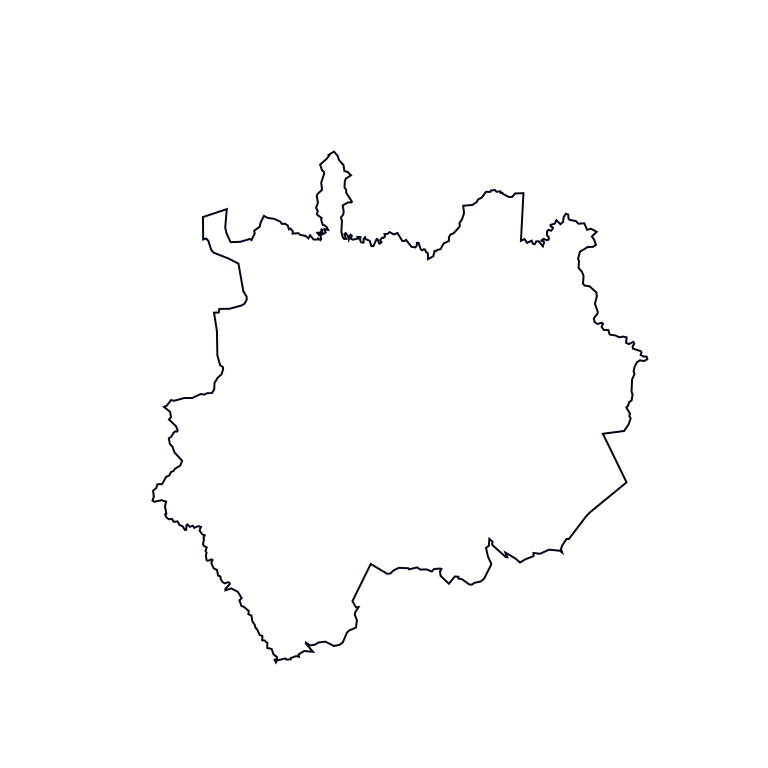 outline of Atotonilco el Grande, Hidalgo, Mexico, rotated 152°
{"feature_id": "50627088B60694242822101", "entity_name": "Atotonilco el Grande", "entity_type": "district", "adm_level": 2, "iso_a3": "MEX", "parent_name": "Mexico", "parent_adm1": "Hidalgo", "projection": "natural_earth1", "projection_center": [-98.662, 20.341], "detail": "fine", "context": "isolated", "style": "outline", "palette": "ink", "viewbox_px": 768, "rotation_deg": 152, "n_neighbors": 0, "source": "geoboundaries", "source_scale": "gbopen_adm2", "svg_char_len": 6166}
<svg xmlns="http://www.w3.org/2000/svg" viewBox="0 0 768 768"><g transform="rotate(152 384 384)"><path d="M171.3,487.0L178.8,490.7L183.2,489.0L185.9,490.4L189.7,495.9L189.7,497.2L191.4,497.9L190.8,499.5L194.4,500.9L195.1,503.3L198.8,504.6L199.9,503.7L203.8,505.8L210.1,502.7L214.3,502.8L216.5,501.2L221.9,500.6L230.4,504.2L233.1,497.3L237.7,492.9L241.9,490.6L242.7,488.0L244.7,486.9L251.9,484.4L254.9,484.8L257.8,483.1L259.6,479.8L265.4,480.1L270.8,476.5L274.1,477.4L275.8,476.8L276.9,477.8L280.5,473.6L286.5,473.6L283.8,479.0L285.0,480.9L284.6,483.4L285.6,484.3L287.6,484.1L288.3,485.8L287.2,492.3L288.6,493.2L290.2,490.7L292.2,489.9L295.3,492.2L296.9,500.9L299.1,500.7L300.7,501.8L301.2,511.0L305.1,511.4L307.8,515.5L310.4,514.9L313.1,516.2L313.9,513.6L315.9,513.2L316.8,514.1L319.8,512.9L319.6,510.4L321.8,509.8L322.3,510.6L321.7,514.6L322.4,515.5L328.6,510.7L330.4,511.7L329.4,517.2L332.1,520.4L331.9,522.5L333.9,521.7L335.5,518.6L336.4,518.6L337.7,520.0L337.6,522.0L335.9,524.8L338.4,526.3L338.5,524.5L343.8,526.1L345.0,527.8L342.8,530.1L343.5,531.6L347.3,528.1L346.3,531.8L347.0,535.3L348.6,534.8L349.4,529.9L351.1,530.8L351.5,533.3L350.1,538.6L344.7,547.4L343.8,551.3L340.5,552.7L338.6,555.2L336.6,561.1L330.4,561.2L327.4,559.6L326.7,560.2L327.6,570.5L326.2,573.5L326.6,576.1L323.2,581.7L321.2,583.3L315.1,583.8L316.5,588.2L319.0,590.7L317.0,596.2L318.6,602.9L317.8,606.9L319.0,612.7L325.3,612.3L325.0,611.5L329.4,609.6L337.4,607.7L338.4,601.8L337.4,599.6L338.2,597.7L344.9,591.3L347.6,584.5L353.7,582.9L355.3,581.3L357.3,574.9L361.3,571.4L361.3,567.6L363.4,565.9L363.4,564.5L361.1,559.7L362.4,558.6L363.4,553.1L362.1,552.2L360.9,549.3L361.0,546.3L363.9,548.7L364.5,545.1L367.8,545.0L369.2,547.1L367.2,547.0L366.1,549.0L367.2,550.6L366.7,549.7L367.6,548.4L369.9,547.7L371.9,548.8L371.5,546.0L369.1,545.7L370.9,543.8L371.4,541.5L372.8,540.9L373.9,543.5L375.0,542.8L378.4,544.7L379.4,550.1L382.4,548.1L383.7,551.5L388.2,555.3L388.8,557.4L394.1,559.7L392.8,561.7L393.7,565.3L395.3,565.2L394.6,569.3L396.2,572.0L398.9,573.2L399.5,576.3L403.6,581.5L408.8,585.4L411.1,588.8L417.1,584.5L419.9,581.2L426.6,580.3L427.6,577.5L433.4,573.3L434.3,575.0L444.4,577.1L452.9,581.3L452.3,590.8L450.8,596.6L440.7,612.2L465.5,616.4L475.8,596.5L472.7,595.9L471.9,592.7L473.5,584.1L472.9,580.1L462.4,567.8L456.0,558.6L464.7,531.8L464.3,525.6L465.6,523.0L469.3,520.4L472.9,520.2L485.2,523.0L494.1,527.6L496.4,524.7L500.6,526.8L506.7,509.1L517.7,487.5L519.9,477.4L518.3,474.8L519.2,472.4L523.1,468.7L527.5,467.8L533.1,464.6L536.4,459.0L540.1,456.8L544.8,459.0L547.6,459.0L550.6,461.2L559.9,461.7L567.0,465.4L577.4,467.8L579.6,469.8L585.9,466.9L589.0,467.1L585.9,459.7L587.7,454.7L590.5,453.6L587.5,444.5L587.9,440.0L588.9,439.1L590.5,440.2L592.8,439.7L596.6,437.3L599.5,437.1L601.2,431.6L600.2,427.9L601.1,422.0L598.3,411.0L602.1,407.6L608.5,407.3L610.6,406.0L613.5,406.3L616.4,404.1L620.0,404.3L627.0,399.7L631.1,401.9L633.9,399.0L637.9,398.3L640.2,392.5L643.2,389.7L642.1,387.9L634.8,385.7L631.6,382.4L634.8,378.8L637.1,371.6L638.5,371.6L638.8,368.7L637.5,365.6L634.5,364.4L634.5,361.1L630.8,359.6L630.7,355.5L628.6,352.8L628.3,348.6L627.2,348.1L624.6,352.1L623.4,352.3L622.6,349.1L619.2,348.6L619.1,346.1L614.7,345.7L612.8,343.7L615.7,341.2L615.1,336.7L613.3,334.5L615.6,333.0L615.8,331.4L619.0,327.6L619.0,325.6L617.2,323.0L620.0,320.4L619.9,318.3L621.9,316.1L623.3,311.6L622.6,310.6L618.5,310.1L618.1,309.0L620.3,307.5L620.8,304.8L620.9,301.0L618.7,298.4L620.4,292.7L618.8,290.9L619.8,288.2L619.5,285.0L618.3,282.8L614.5,282.1L613.7,280.7L614.3,279.6L620.1,277.7L620.9,276.3L614.8,275.2L610.7,269.3L610.2,261.8L613.2,260.9L614.1,255.0L612.3,253.0L610.0,247.1L611.8,244.4L609.8,241.8L611.7,235.9L611.2,231.9L612.0,228.7L611.2,227.5L611.6,220.9L609.7,218.5L611.9,214.9L610.0,213.7L608.6,210.1L611.0,205.8L607.6,202.8L608.5,197.2L606.7,193.2L607.6,191.5L610.2,191.8L610.1,188.9L608.5,190.2L600.0,188.0L599.5,186.4L595.6,184.7L594.9,185.8L589.4,185.0L587.1,183.1L586.4,185.4L579.8,185.7L572.4,180.9L574.9,191.6L574.3,192.3L572.1,187.9L567.5,186.3L563.1,186.5L556.7,184.0L551.2,176.2L545.9,174.6L541.7,175.2L533.5,181.8L530.6,182.7L523.1,182.1L518.7,188.4L518.1,194.0L516.9,195.7L511.2,199.0L513.6,200.0L513.8,207.1L480.2,231.3L470.2,214.8L467.3,213.7L463.2,214.9L457.1,214.7L449.0,209.9L448.9,208.6L440.9,206.5L438.9,203.0L433.6,200.4L429.8,196.0L426.7,197.1L421.0,194.7L420.2,193.6L422.6,192.3L424.1,188.0L420.5,177.2L411.8,180.8L408.8,178.9L409.6,177.2L406.9,175.2L402.7,166.8L400.5,165.6L397.4,166.0L391.2,164.2L386.9,165.2L375.0,173.6L373.6,175.1L373.3,182.5L370.9,191.4L367.4,191.9L363.7,197.8L362.2,193.7L363.9,191.6L363.7,190.4L357.6,173.7L356.5,173.1L356.0,178.2L349.9,168.2L347.7,162.5L341.9,162.9L332.8,161.8L331.3,164.6L326.1,160.9L316.0,160.2L307.1,154.3L305.8,151.6L305.1,155.4L302.1,158.0L295.5,161.5L293.6,160.3L268.1,172.1L262.4,174.0L216.0,183.3L214.1,237.3L194.1,229.8L187.0,233.5L182.4,237.8L182.4,240.5L180.7,242.5L181.1,249.5L178.9,250.1L176.2,252.8L173.0,253.3L169.4,258.1L169.1,260.9L162.8,271.6L158.1,275.2L157.8,277.8L154.8,281.4L150.5,284.4L147.0,284.8L143.5,282.1L139.8,282.3L139.3,285.0L141.9,286.4L143.8,289.1L141.7,291.2L141.9,292.5L147.6,298.4L146.8,300.6L144.1,302.0L144.0,304.1L149.1,304.3L150.9,306.7L147.9,311.3L150.8,313.7L154.4,314.8L157.1,318.5L160.9,321.1L161.5,322.3L160.5,326.2L164.6,328.5L165.0,332.4L162.3,334.5L163.1,335.9L167.2,336.7L169.0,339.7L168.0,343.4L162.4,345.9L161.4,347.4L160.1,355.8L154.8,361.6L153.5,365.3L156.7,373.8L160.5,376.6L161.3,379.1L157.1,385.6L156.5,390.1L157.7,395.0L154.0,401.4L153.9,403.4L148.9,408.8L139.8,409.3L135.1,407.0L131.5,407.4L130.7,412.8L131.3,416.6L124.8,418.5L128.3,423.9L132.3,424.8L131.7,431.9L137.2,434.3L138.1,437.9L142.7,441.4L143.5,443.1L141.8,447.1L143.4,448.9L147.0,447.1L149.7,443.1L153.2,442.2L154.9,447.7L158.0,445.4L162.2,446.3L162.8,445.1L161.5,442.8L162.4,441.6L164.6,440.9L166.1,442.8L167.9,442.6L170.3,439.0L169.6,436.2L170.8,434.2L172.8,434.5L174.9,437.2L177.1,437.0L177.7,436.6L176.2,435.2L176.2,433.9L179.1,431.0L180.5,437.5L182.6,438.4L185.3,436.7L186.7,437.9L186.4,441.3L191.4,441.4L191.9,446.1L195.9,446.1L171.3,487.0Z" fill="none" stroke="#020617" stroke-width="2"/></g></svg>